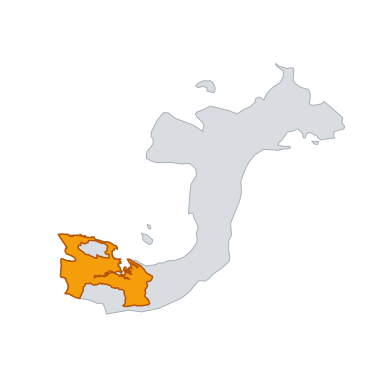 where Darién sits in Panama, rotated 131°
{"feature_id": "PAN-1418", "entity_name": "Darién", "entity_type": "Province", "adm_level": 1, "iso_a3": "PAN", "parent_name": "Panama", "parent_adm1": "", "projection": "robinson", "projection_center": [-78.04, 8.154], "detail": "fine", "context": "in_parent", "style": "filled", "palette": "amber", "viewbox_px": 384, "rotation_deg": 131, "n_neighbors": 0, "source": "natural_earth", "source_scale": "10m", "svg_char_len": 9103}
<svg xmlns="http://www.w3.org/2000/svg" viewBox="0 0 384 384"><g transform="rotate(131 192 192)"><path d="M340.3,176.6L339.3,177.4L336.3,182.3L334.7,186.5L338.5,190.9L339.7,195.5L341.9,200.6L345.3,205.7L349.2,215.2L350.1,219.0L349.0,221.5L345.3,223.0L341.9,227.5L341.0,232.9L341.6,235.5L331.4,244.2L328.8,245.6L327.0,244.3L324.9,240.0L322.2,236.5L320.8,235.2L320.0,235.2L319.2,236.0L318.8,237.9L320.2,246.0L319.1,249.3L315.6,251.8L311.6,265.1L310.1,263.4L297.0,245.6L285.6,223.5L283.2,213.6L286.2,213.0L289.0,213.2L290.6,211.6L292.3,208.7L290.9,202.0L296.4,196.9L298.5,193.4L300.0,193.8L303.6,199.7L308.9,203.1L315.3,208.0L319.3,209.1L314.2,203.9L305.5,197.2L303.1,192.7L300.8,186.5L297.4,189.2L295.8,191.5L294.1,192.8L292.5,191.2L292.3,189.2L287.1,188.8L285.8,187.0L284.5,186.0L285.1,189.9L286.1,192.2L285.6,195.1L283.9,195.3L282.5,192.3L280.6,189.7L278.2,178.4L272.4,173.1L269.7,171.4L267.5,170.7L264.3,167.1L260.0,165.2L254.2,159.6L247.0,155.6L238.3,154.1L227.7,155.0L224.1,157.2L221.7,160.1L220.5,161.4L214.3,164.6L211.9,169.3L210.4,173.3L207.2,177.7L210.8,180.4L190.3,195.7L186.3,197.9L177.1,199.4L175.0,201.1L172.2,204.1L171.8,208.7L172.2,212.6L174.9,215.6L177.2,217.5L182.9,226.5L193.0,238.0L195.0,242.1L196.5,248.3L193.5,251.2L191.1,252.4L181.5,252.9L178.1,255.4L176.8,259.2L173.2,262.2L160.7,265.3L151.0,265.6L147.9,262.1L147.2,252.2L140.7,235.2L139.1,223.5L137.5,225.0L134.0,226.3L132.8,229.3L131.9,237.9L130.6,240.8L128.0,240.5L122.4,237.4L115.1,234.6L105.8,216.3L104.8,212.9L103.0,208.8L95.7,207.1L89.6,204.0L82.9,203.5L79.4,205.3L75.9,203.1L75.3,198.1L68.2,200.3L59.2,199.5L51.1,197.4L45.6,198.5L40.9,202.1L41.5,211.2L40.2,213.0L40.0,209.2L38.4,205.0L36.4,201.4L32.4,197.8L32.1,196.4L33.8,194.6L41.2,189.2L42.1,187.0L42.2,182.4L41.5,178.0L38.2,171.5L40.1,167.4L44.0,164.2L47.9,161.7L48.6,160.6L47.8,158.4L45.6,156.0L40.2,151.9L37.0,151.7L36.9,140.0L37.1,127.6L37.9,126.3L39.9,125.6L41.5,123.7L42.3,120.0L44.7,118.7L48.9,121.6L53.2,124.1L55.0,123.2L56.4,122.0L57.3,120.8L57.6,119.7L61.1,123.0L68.1,128.8L68.5,131.7L67.8,134.5L69.8,142.4L73.4,143.6L77.1,142.0L78.0,143.5L77.3,145.0L75.4,146.6L74.9,153.4L81.0,156.6L84.0,159.4L94.0,158.1L97.7,158.9L100.2,158.0L97.4,152.6L93.7,148.5L94.0,146.7L96.8,148.0L99.0,150.8L103.9,154.2L113.0,166.1L123.4,169.0L131.6,168.6L139.3,167.0L151.5,162.4L160.4,154.0L167.4,150.3L190.3,142.4L198.5,134.1L201.9,133.0L205.2,132.0L212.4,125.7L216.2,120.8L220.3,118.4L232.4,120.1L240.2,122.4L245.6,122.1L250.8,123.8L253.1,127.3L255.5,128.9L268.3,128.5L278.8,130.2L301.7,140.8L315.4,151.2L322.7,162.2L340.3,176.6ZM109.7,258.7L106.7,259.0L100.6,256.3L96.1,251.2L95.7,249.5L95.8,247.8L98.3,242.6L101.6,240.8L102.8,240.8L106.0,246.8L103.8,249.2L104.7,252.9L109.1,255.7L109.7,258.7ZM257.3,200.3L256.2,203.0L253.6,197.1L254.0,195.6L253.9,190.3L256.3,188.9L258.1,188.8L259.6,189.6L260.5,195.8L259.7,198.6L257.3,200.3ZM75.6,131.8L75.0,134.7L70.8,129.5L73.3,128.6L74.2,128.7L75.6,131.8ZM248.1,201.6L245.7,204.3L244.8,201.7L246.5,199.0L247.1,199.0L248.1,201.6Z" fill="#d9dde1" stroke="#a8b0b8" stroke-width="1"/><path d="M346.1,206.9L346.6,207.8L348.2,211.2L349.3,216.0L349.4,217.5L349.8,218.4L350.3,219.0L350.9,219.5L351.4,220.1L351.9,221.1L351.5,221.4L349.5,221.3L347.9,221.7L346.1,222.4L344.4,223.4L343.2,224.7L341.8,228.2L340.2,230.5L340.1,231.3L340.8,233.1L341.9,234.3L342.2,235.5L340.6,237.1L333.0,242.5L330.5,245.3L329.1,246.5L327.9,246.7L327.3,246.0L326.7,242.9L326.2,242.1L324.7,239.7L324.1,239.5L324.0,239.3L324.0,239.1L324.2,238.4L323.7,237.7L321.0,235.1L320.4,234.7L319.1,235.6L318.7,237.8L319.0,240.5L319.5,242.4L320.7,245.1L320.9,246.4L320.4,248.0L319.6,249.2L318.5,249.9L317.3,250.1L316.0,249.8L311.9,264.7L310.7,264.3L309.1,262.7L306.8,259.4L305.9,258.7L305.4,258.1L305.3,257.4L305.7,255.5L305.4,254.9L305.1,254.6L304.7,255.1L304.3,254.9L304.2,254.5L304.3,254.2L304.5,254.2L303.9,253.1L303.5,252.9L303.0,253.4L302.7,253.4L301.3,251.7L300.5,250.8L299.8,250.4L299.6,250.2L299.5,249.6L299.3,249.0L298.7,248.7L298.4,248.4L298.1,247.8L297.7,246.6L297.4,246.6L297.2,247.5L297.0,246.9L297.0,244.7L296.7,243.6L296.2,243.4L295.6,243.9L295.5,245.0L295.2,244.2L295.3,243.6L295.5,243.0L295.5,242.4L295.3,241.7L295.1,241.4L294.4,240.7L293.3,239.0L292.5,238.3L291.4,238.2L291.5,237.5L291.3,237.0L290.8,236.6L290.3,236.4L290.8,235.3L291.1,234.4L291.1,233.6L290.7,232.6L289.0,229.7L288.8,229.0L288.3,227.0L287.1,225.4L285.7,223.9L284.7,222.4L284.0,220.5L283.6,218.6L283.5,217.8L283.7,217.1L283.6,216.5L282.6,214.5L282.4,213.7L282.7,212.6L283.4,211.4L284.0,211.0L284.7,213.0L285.4,213.4L286.3,213.2L287.0,212.6L288.5,213.6L290.6,212.3L292.5,210.1L293.3,207.8L293.2,206.5L292.9,205.8L291.8,204.6L290.2,202.5L289.6,202.1L289.6,201.6L291.0,201.8L291.5,201.7L292.2,201.2L292.2,200.8L291.9,200.6L291.4,199.9L292.0,199.7L292.2,199.1L293.7,200.3L294.1,200.5L295.3,200.3L295.4,200.1L296.3,198.9L296.2,197.2L296.3,196.5L297.4,195.3L297.6,194.7L297.7,194.1L297.7,192.9L298.0,192.6L298.5,192.3L299.0,192.2L299.2,192.5L299.5,194.8L299.6,195.3L300.2,195.8L301.1,196.3L302.1,196.8L302.8,197.0L303.4,197.4L303.9,198.3L304.9,201.2L305.4,202.1L306.1,202.7L306.9,202.9L307.8,202.6L308.3,202.6L308.8,203.5L309.1,203.8L309.6,204.0L310.1,204.1L310.8,204.1L310.8,203.8L310.0,203.6L309.2,203.1L308.6,202.4L308.3,201.6L311.0,202.2L312.4,202.8L313.4,204.0L314.7,204.8L315.0,205.2L315.0,206.1L315.2,206.8L315.5,207.2L316.1,207.6L316.7,207.2L317.3,207.6L317.8,208.4L318.0,209.5L318.3,210.2L319.2,210.4L320.1,210.1L320.6,209.3L319.0,209.3L317.0,206.5L316.1,206.7L313.3,202.7L312.7,202.3L311.9,201.8L307.1,200.8L305.9,200.2L305.0,199.3L304.3,198.2L304.1,196.7L302.9,194.0L302.6,192.4L303.4,191.5L302.2,190.4L301.5,189.7L301.1,188.9L300.9,187.9L301.0,187.3L301.3,186.9L301.5,186.3L301.4,185.6L301.1,185.4L300.6,185.2L300.0,184.7L299.7,184.0L299.7,183.4L299.5,182.9L298.9,182.5L299.1,183.1L299.2,184.7L299.4,185.3L300.2,185.8L300.4,185.9L300.4,188.1L300.5,188.6L301.3,190.6L301.3,191.3L301.1,191.9L300.8,191.9L299.7,189.9L299.1,189.0L298.5,188.5L297.7,188.5L297.0,189.0L296.4,189.9L296.3,191.2L295.9,192.2L295.1,192.9L294.1,193.4L293.1,193.6L292.6,193.4L292.4,192.9L292.4,192.3L292.5,191.9L292.9,191.5L294.4,190.6L294.8,190.9L295.2,191.0L295.2,189.0L295.0,187.1L294.1,183.8L293.7,183.8L293.3,184.7L293.5,185.2L294.1,185.7L294.4,186.3L294.4,187.4L293.7,189.1L294.1,189.7L294.1,190.2L293.3,190.6L293.0,190.1L292.4,189.6L292.2,189.3L292.0,188.8L292.3,188.8L293.1,187.3L293.1,186.7L292.2,186.3L292.5,187.1L292.3,187.5L292.1,187.7L291.8,188.0L291.0,189.7L290.2,189.9L289.7,189.2L289.2,187.2L288.8,187.7L288.7,188.5L288.0,189.7L287.0,190.8L286.2,191.0L285.7,190.0L285.1,186.3L284.7,185.1L285.1,184.2L284.7,184.2L284.7,184.7L284.3,184.7L284.3,183.4L284.0,183.4L283.8,184.9L284.8,188.0L285.3,190.9L286.3,191.9L286.5,192.9L285.1,196.5L284.8,196.0L283.9,195.5L283.7,192.7L282.8,189.1L282.7,187.7L282.0,185.8L281.7,184.3L281.8,183.5L281.6,183.0L281.2,182.6L281.6,180.3L281.8,177.8L282.0,176.8L282.2,176.1L282.7,174.8L282.9,173.8L282.9,173.1L282.6,171.6L282.4,171.0L281.6,166.6L281.9,166.2L282.3,165.9L284.8,165.0L285.6,165.0L286.5,165.2L287.8,165.7L288.1,166.1L288.7,167.0L289.4,167.4L289.9,167.2L290.4,166.8L290.7,166.3L290.7,165.7L290.9,165.1L291.4,164.5L293.0,163.7L294.1,163.4L295.1,163.4L296.1,163.5L296.7,163.3L297.1,163.0L297.8,161.6L298.8,160.7L299.7,160.2L301.1,159.9L301.6,159.5L301.9,158.9L301.8,157.9L301.8,156.8L301.9,155.3L302.1,154.2L302.5,153.2L303.6,151.6L303.9,150.9L305.4,150.9L309.4,154.1L311.0,155.6L314.0,159.0L315.3,161.6L315.8,162.0L316.8,162.5L318.3,163.7L319.1,164.1L319.7,164.7L321.9,166.9L322.5,167.8L322.9,168.6L323.0,169.5L322.5,169.5L321.3,169.2L320.0,169.4L318.8,170.1L318.3,170.9L317.7,171.5L316.8,171.7L315.9,171.9L315.2,173.0L314.6,174.3L312.9,176.9L311.8,177.6L311.2,178.8L311.4,180.1L311.8,181.2L312.5,182.1L313.2,182.9L313.3,184.0L313.0,184.8L313.0,185.0L313.1,185.3L313.8,186.0L314.9,186.4L315.1,186.9L314.9,187.2L314.9,187.5L316.3,189.1L316.6,189.7L316.6,190.4L316.3,191.5L316.2,192.5L317.1,194.1L317.5,195.8L317.8,196.3L318.7,197.2L319.2,198.1L319.2,198.5L319.5,199.0L320.1,199.3L320.4,199.4L320.7,199.5L320.6,200.5L320.9,201.3L321.5,201.8L323.0,202.2L324.6,203.1L326.6,205.0L327.6,207.6L327.4,208.6L328.0,209.6L329.1,209.9L329.6,210.5L330.6,212.1L331.4,212.3L332.4,211.6L333.6,211.4L334.2,211.6L335.5,211.3L336.1,211.1L336.8,210.0L337.6,209.4L338.7,209.1L339.9,208.9L346.1,206.9ZM301.7,222.4L301.2,219.0L300.7,218.7L300.1,218.2L299.8,216.3L299.3,215.5L298.8,214.9L297.1,212.3L296.2,211.5L295.3,212.3L293.9,213.0L293.8,214.2L294.6,214.7L294.8,215.2L294.7,215.8L295.0,216.5L295.2,217.3L293.9,218.3L292.2,217.6L291.1,218.4L290.1,219.4L289.1,219.5L288.3,219.8L288.0,220.7L288.3,221.3L288.1,222.5L288.2,224.0L288.4,224.8L288.7,225.5L289.3,225.9L289.7,226.0L290.7,228.5L291.5,231.4L292.9,234.0L295.5,237.3L296.4,238.1L298.7,237.3L299.6,237.9L300.4,238.6L301.3,238.9L301.8,239.3L302.3,242.0L303.6,242.7L304.1,241.6L305.2,241.0L306.0,241.7L306.7,242.7L308.0,242.0L309.0,240.9L309.2,238.9L308.6,233.5L309.0,232.1L308.8,231.0L308.3,230.1L307.8,229.8L307.3,229.5L307.0,227.5L305.3,221.6L304.3,220.4L303.0,221.6L301.7,222.4Z" fill="#f59e0b" stroke="#b45309" stroke-width="1.5"/></g></svg>